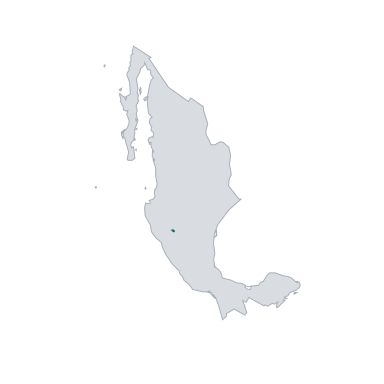 Tzintzuntzan, Michoacán, Mexico shown in context, rotated 33°
{"feature_id": "50627088B10227189908038", "entity_name": "Tzintzuntzan", "entity_type": "district", "adm_level": 2, "iso_a3": "MEX", "parent_name": "Mexico", "parent_adm1": "Michoacán", "projection": "albers", "projection_center": [-101.539, 19.611], "detail": "fine", "context": "in_parent", "style": "filled", "palette": "teal", "viewbox_px": 384, "rotation_deg": 33, "n_neighbors": 0, "source": "geoboundaries", "source_scale": "gbopen_adm2", "svg_char_len": 4184}
<svg xmlns="http://www.w3.org/2000/svg" viewBox="0 0 384 384"><g transform="rotate(33 192 192)"><path d="M63.5,101.5L84.3,101.5L83.1,103.4L115.1,117.0L139.6,118.1L139.8,113.8L155.0,114.4L157.5,117.5L168.0,126.2L170.5,133.4L172.4,136.1L182.4,141.9L185.6,139.8L188.1,134.6L191.1,133.4L198.4,134.4L204.4,140.2L208.5,148.5L215.6,156.1L216.1,160.9L219.3,166.9L234.9,172.3L237.0,171.3L232.6,187.0L231.4,205.6L232.3,209.6L236.5,214.9L235.7,217.8L235.9,214.9L232.4,210.4L233.5,214.6L237.9,223.2L244.9,231.5L246.7,236.6L251.6,241.8L250.3,241.7L253.1,242.9L252.2,242.2L257.3,242.7L260.9,244.4L264.3,247.7L272.7,244.7L279.0,244.0L283.0,241.8L287.4,241.1L288.3,241.8L288.1,242.9L291.7,243.4L294.0,241.6L293.2,238.9L292.1,239.7L292.3,239.1L298.6,234.1L298.8,230.3L300.5,228.1L300.2,222.0L301.1,217.5L305.9,214.5L314.5,212.5L318.1,210.7L322.3,210.0L329.4,211.0L329.9,210.0L328.1,210.1L330.4,209.2L333.4,210.9L334.1,213.5L333.0,217.3L328.9,223.1L329.0,226.8L326.9,229.2L327.3,230.0L329.4,229.6L327.4,232.0L327.5,233.0L328.9,232.5L326.8,242.0L326.1,242.9L324.5,240.9L323.9,237.5L322.1,241.2L320.0,241.6L317.7,246.6L314.6,246.8L314.4,248.3L297.2,249.5L297.5,255.1L293.6,255.3L303.5,263.2L303.4,266.4L291.1,267.2L287.1,275.3L288.5,277.2L287.2,282.5L277.8,274.1L270.3,268.4L265.9,266.3L265.4,266.9L269.5,268.8L263.2,267.2L263.5,265.8L261.9,266.5L260.8,265.2L259.7,266.6L261.8,267.2L258.7,267.7L255.6,269.8L245.7,273.3L239.1,270.9L233.7,270.5L230.0,268.2L226.3,267.3L224.0,265.1L215.1,263.3L204.1,258.7L196.9,254.2L193.9,251.1L186.5,250.1L179.6,247.4L175.2,242.4L165.6,237.4L160.7,230.7L159.1,226.6L162.9,224.8L162.3,223.0L160.6,222.4L163.2,219.4L163.6,215.7L161.6,214.4L159.6,210.7L159.7,207.3L158.5,204.3L153.0,198.5L148.4,191.6L141.0,185.5L143.2,186.7L143.3,185.4L139.4,184.0L136.6,179.3L138.7,179.5L133.0,176.2L132.2,174.6L130.0,175.1L129.7,174.4L131.4,172.7L128.6,173.9L126.9,172.5L126.7,169.5L128.9,166.9L129.6,167.4L128.3,164.6L126.5,162.8L124.1,162.8L122.6,159.0L119.6,158.0L117.9,156.3L116.9,153.0L117.8,151.0L112.6,149.7L104.0,138.9L103.6,136.4L102.3,135.5L97.2,122.5L96.9,118.6L97.6,117.4L92.8,115.4L91.7,113.3L90.2,112.4L88.3,113.5L81.8,109.2L82.9,111.7L81.7,116.4L83.0,120.3L83.8,127.6L90.2,134.5L92.2,139.0L93.2,138.9L93.7,140.2L94.7,140.4L95.5,143.3L97.4,144.3L98.2,150.2L101.6,153.4L102.6,156.8L104.2,158.0L105.2,162.0L106.6,163.0L106.0,160.0L107.9,161.8L109.8,171.0L112.0,173.7L114.8,180.4L114.2,183.1L114.7,185.6L117.3,188.1L118.3,185.8L125.6,194.7L124.8,197.8L121.6,200.0L120.0,200.2L117.1,193.0L105.6,183.0L104.5,183.0L102.2,180.0L101.9,177.9L102.8,173.6L102.0,169.3L100.4,166.3L94.8,162.2L93.9,158.6L92.7,160.1L89.8,160.5L87.8,158.0L82.6,155.1L81.9,153.0L78.1,149.7L77.8,148.6L81.9,149.5L84.4,148.8L84.3,149.7L86.3,150.9L85.7,148.4L84.7,148.2L87.0,143.5L79.9,133.9L73.7,129.4L72.7,127.4L73.0,124.0L71.5,122.8L71.2,119.0L69.3,117.2L69.2,114.9L66.7,111.2L66.3,109.5L67.3,108.4L65.4,106.9L63.5,101.5ZM103.6,139.0L102.8,141.2L100.8,140.3L101.8,136.9L103.1,136.6L103.6,139.0ZM95.3,138.0L92.5,135.3L91.9,132.6L93.3,133.6L93.6,135.0L95.0,135.5L95.3,138.0ZM333.3,222.1L332.5,221.3L332.8,220.2L334.7,219.2L333.3,222.1ZM102.2,182.9L100.2,180.3L101.7,175.5L101.1,179.9L102.2,182.9ZM76.8,146.3L75.2,145.8L76.5,143.3L77.1,145.3L76.8,146.3ZM50.5,135.3L49.3,133.5L49.7,132.8L50.2,132.9L50.5,135.3ZM104.0,183.1L105.2,185.0L102.6,183.0L104.0,183.1ZM151.7,214.2L151.4,215.0L150.7,214.7L150.4,213.3L151.7,214.2ZM115.7,178.7L116.1,180.2L114.8,178.3L115.7,178.7ZM111.0,168.6L111.7,169.3L110.5,170.6L111.0,168.6ZM109.4,241.0L108.8,241.1L108.0,240.5L108.8,239.7L109.4,241.0ZM290.4,241.0L288.9,241.4L291.5,240.4L290.4,241.0ZM122.5,187.6L121.8,187.4L121.7,185.9L122.5,187.6Z" fill="#d9dde1" stroke="#a8b0b8" stroke-width="1"/><path d="M198.1,235.1L198.3,235.0L198.3,234.9L198.5,234.8L198.5,234.7L198.4,234.6L198.3,234.4L198.2,234.4L198.1,234.5L198.0,234.4L197.9,234.4L197.9,234.5L197.7,234.5L197.6,234.4L197.4,234.3L197.2,234.3L196.8,234.2L196.8,234.3L196.8,234.2L196.8,234.3L196.7,234.3L196.5,234.7L196.4,234.8L196.5,234.8L196.6,235.0L196.8,235.2L197.0,235.2L197.3,235.1L197.3,235.3L197.4,235.1L197.5,235.1L197.8,235.2L198.0,235.1L198.1,235.1Z" fill="#14b8a6" stroke="#0f766e" stroke-width="1.5"/></g></svg>